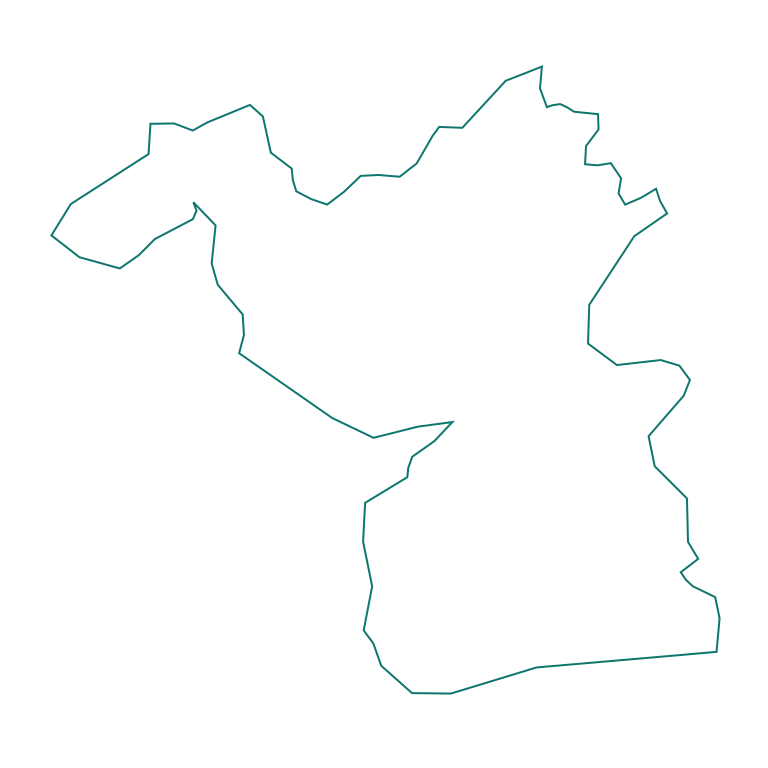 outline of Mahanuvara, rotated 88°
{"feature_id": "LKA-2448", "entity_name": "Mahanuvara", "entity_type": "District", "adm_level": 1, "iso_a3": "LKA", "parent_name": "Sri Lanka", "parent_adm1": "", "projection": "robinson", "projection_center": [80.641, 7.216], "detail": "fine", "context": "isolated", "style": "outline", "palette": "teal", "viewbox_px": 768, "rotation_deg": 88, "n_neighbors": 0, "source": "natural_earth", "source_scale": "10m", "svg_char_len": 1277}
<svg xmlns="http://www.w3.org/2000/svg" viewBox="0 0 768 768"><g transform="rotate(88 384 384)"><path d="M115.8,608.3L116.3,584.6L124.0,566.3L116.4,551.4L100.4,508.2L112.4,495.7L148.9,489.0L165.5,468.7L177.0,468.0L188.4,464.9L196.7,450.2L202.7,434.5L190.4,417.1L175.2,400.0L174.9,382.5L177.4,361.1L164.7,343.6L137.9,326.9L129.0,319.9L130.7,296.8L85.2,251.8L72.3,215.1L94.1,217.8L113.0,211.5L111.3,206.0L110.4,198.1L114.0,191.1L118.5,184.6L121.8,160.7L137.0,160.7L153.3,173.8L171.4,175.4L172.9,162.9L171.2,149.6L186.7,139.9L201.8,142.9L213.2,136.7L206.8,120.5L198.4,105.3L210.8,101.7L223.4,95.1L245.0,128.7L312.0,176.1L350.7,178.7L373.2,150.6L369.7,106.7L376.0,88.1L390.7,78.1L406.2,84.9L445.4,121.4L475.7,116.3L509.0,85.2L552.4,85.7L569.7,76.1L582.5,94.0L590.2,89.1L596.9,82.5L608.6,60.4L629.9,56.8L663.3,61.0L672.6,241.5L695.7,328.0L693.9,366.8L665.5,396.6L642.9,403.7L629.5,412.9L585.9,402.9L540.7,410.4L502.1,407.0L477.9,363.9L468.7,362.7L457.7,358.3L442.7,335.5L424.4,317.0L427.8,351.6L437.4,396.4L416.1,437.1L348.2,527.7L330.2,522.3L309.6,522.8L279.0,546.7L257.6,552.0L219.6,546.8L195.7,568.2L204.3,565.3L212.6,569.3L231.1,607.9L246.8,624.7L259.3,644.0L246.7,683.9L223.9,711.2L193.2,690.7L146.0,611.3L115.8,608.3Z" fill="none" stroke="#0f766e" stroke-width="2"/></g></svg>